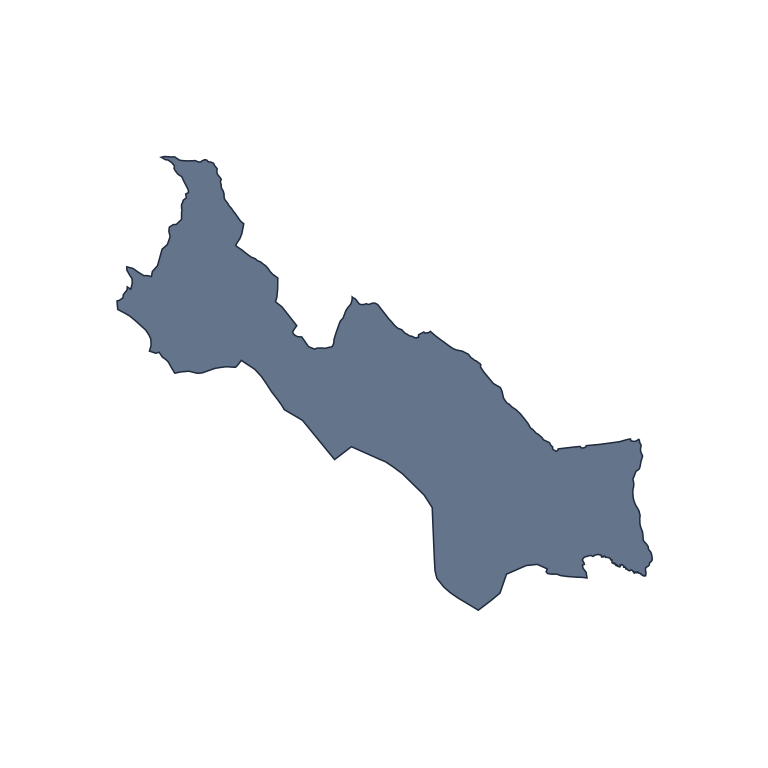 the district of Agotime Ziope, Volta, Ghana, rotated 138°
{"feature_id": "2480657B11620193732867", "entity_name": "Agotime Ziope", "entity_type": "district", "adm_level": 2, "iso_a3": "GHA", "parent_name": "Ghana", "parent_adm1": "Volta", "projection": "equal_earth", "projection_center": [0.664, 6.472], "detail": "fine", "context": "isolated", "style": "filled", "palette": "slate", "viewbox_px": 768, "rotation_deg": 138, "n_neighbors": 0, "source": "geoboundaries", "source_scale": "gbopen_adm2", "svg_char_len": 6047}
<svg xmlns="http://www.w3.org/2000/svg" viewBox="0 0 768 768"><g transform="rotate(138 384 384)"><path d="M475.3,431.7L468.9,411.5L471.3,360.9L450.2,359.2L437.5,330.6L434.9,325.1L432.7,316.4L430.4,305.1L428.5,274.7L430.9,259.9L463.5,220.5L471.0,211.2L474.8,204.1L475.4,192.9L474.4,184.5L472.3,175.8L465.3,152.8L449.5,151.5L437.7,151.0L420.2,160.7L399.8,153.9L390.8,147.4L386.4,137.4L389.2,136.0L389.2,133.6L386.4,130.2L382.8,127.1L381.0,123.5L376.5,118.2L369.4,110.8L366.6,108.2L362.9,104.0L359.8,108.8L359.3,113.9L357.8,116.6L355.7,115.9L354.9,117.8L354.3,120.7L351.0,121.3L345.1,118.4L344.1,116.0L341.6,115.6L338.8,114.0L338.6,113.4L337.6,112.3L337.4,111.5L337.1,110.8L337.1,110.5L337.2,110.3L338.0,110.2L338.1,109.8L338.0,109.7L337.4,109.4L337.0,108.8L335.7,108.8L335.2,108.6L335.1,108.3L335.1,107.8L335.5,107.3L335.5,107.0L334.8,106.5L332.9,104.1L332.7,102.5L333.1,101.6L333.1,101.3L332.5,101.1L332.3,100.7L334.2,98.6L333.4,96.7L332.9,97.1L332.5,96.7L332.4,96.4L333.1,94.2L332.7,93.9L332.5,94.2L332.2,94.3L331.9,94.0L332.0,93.6L332.1,93.2L332.6,92.8L332.5,92.5L332.3,92.4L332.1,92.1L331.9,91.5L331.2,90.3L330.7,90.2L330.3,90.4L329.7,91.5L329.4,91.4L329.0,90.8L328.6,91.0L328.1,90.7L327.5,88.5L327.7,88.0L328.2,87.9L328.5,87.5L328.3,87.1L327.5,86.7L327.4,85.5L327.9,85.0L328.0,84.6L327.3,84.6L327.2,82.1L326.6,81.0L326.1,80.7L325.8,80.5L324.9,80.8L324.6,80.6L324.1,78.7L324.1,78.4L324.5,78.0L324.4,77.6L324.0,77.4L324.0,76.8L324.1,76.6L324.6,76.4L324.6,76.0L324.1,75.7L323.9,75.7L323.0,76.1L322.8,75.9L322.7,75.0L322.5,74.6L321.4,74.7L321.1,74.5L321.5,73.4L320.7,72.4L320.5,71.6L320.0,70.9L320.0,70.6L320.4,70.3L320.4,70.2L320.0,69.5L319.6,67.7L319.2,67.2L318.5,67.4L318.3,67.3L317.9,66.4L316.5,67.5L315.1,69.0L314.8,69.9L313.7,71.3L312.7,72.1L312.3,72.3L310.7,72.1L309.4,71.8L308.7,71.9L308.0,72.0L307.5,72.4L306.3,73.4L306.1,73.5L305.4,73.2L303.0,73.5L302.3,73.9L301.1,75.2L299.4,77.9L298.4,80.0L298.2,80.8L298.0,84.1L297.9,84.5L296.7,86.0L296.3,87.1L296.0,89.9L296.1,91.8L296.0,94.0L294.9,95.7L292.6,98.5L290.9,101.1L290.3,102.4L289.5,104.7L288.4,107.1L287.3,108.9L283.7,113.2L282.0,114.5L281.1,115.9L280.5,117.2L279.7,118.4L279.3,119.5L278.8,121.4L277.9,126.2L276.7,129.3L275.0,132.6L271.7,136.9L269.7,138.9L268.5,139.8L267.5,140.4L265.3,142.5L263.9,144.5L262.8,146.7L259.4,148.3L257.7,149.3L255.0,150.5L252.0,150.0L250.8,150.2L248.2,151.8L247.4,152.6L245.7,153.8L245.3,154.2L240.0,157.4L238.7,161.4L238.1,162.5L236.9,164.1L235.7,165.0L234.5,165.8L233.8,166.7L233.4,168.1L233.5,169.0L233.3,169.4L232.8,169.6L232.5,170.6L232.1,171.1L231.7,171.4L231.7,172.4L235.3,173.1L236.9,174.3L238.5,176.6L237.6,178.2L239.6,179.6L247.7,183.6L264.4,195.0L275.0,202.9L275.9,202.2L277.7,202.6L279.1,203.4L280.2,204.7L280.1,206.4L283.1,208.7L297.9,219.2L299.2,218.5L301.0,218.7L301.9,221.0L302.1,223.0L300.8,224.4L301.0,227.1L300.5,228.4L300.4,230.0L302.8,235.8L302.4,238.6L303.1,243.6L303.8,245.5L303.9,251.1L304.6,252.9L303.3,258.8L302.6,270.4L303.1,276.7L304.3,281.3L304.5,285.3L305.4,287.8L304.6,293.5L301.2,299.5L299.9,303.5L302.4,311.2L301.8,326.0L300.9,332.1L299.0,333.7L299.2,335.2L300.0,339.4L301.0,341.5L301.1,343.4L301.7,345.1L301.4,349.7L303.8,356.0L307.6,361.1L309.0,364.2L310.0,368.2L312.7,381.1L313.7,386.5L314.3,392.1L316.3,392.2L319.5,394.4L319.6,396.0L325.4,397.5L327.1,395.6L328.8,396.7L329.5,396.7L330.0,397.6L331.5,401.1L332.1,401.7L333.0,403.3L333.6,405.9L334.2,407.1L334.5,409.0L334.4,412.1L334.9,413.3L336.4,416.1L336.9,420.0L336.7,427.0L336.9,428.0L335.5,447.3L336.5,449.9L337.6,451.2L339.0,452.1L340.9,452.7L342.5,453.7L343.4,455.5L345.5,456.4L346.2,456.9L348.1,458.6L348.8,460.2L348.4,464.8L348.5,466.8L349.3,469.1L349.4,470.0L351.5,467.8L355.0,465.7L357.0,465.3L359.8,465.0L363.4,464.0L370.3,460.4L374.4,460.0L377.4,458.5L385.5,454.1L391.5,450.5L393.4,448.5L395.3,447.3L396.9,446.7L398.2,446.7L400.9,448.4L403.6,449.7L406.1,452.3L409.7,455.5L412.2,456.3L415.1,462.3L413.6,474.0L416.7,477.1L417.8,480.8L417.6,482.6L417.3,483.4L416.8,483.8L414.4,484.7L409.8,485.7L408.2,509.7L409.6,517.7L405.6,520.1L399.5,525.7L392.0,533.8L393.3,540.3L393.4,544.1L392.9,546.5L392.8,549.0L392.8,550.6L393.8,555.5L393.9,557.1L395.6,560.5L395.8,563.2L397.7,567.0L398.5,570.6L399.4,575.5L399.7,577.9L401.4,584.6L401.3,586.4L398.1,587.4L394.0,588.4L389.1,590.8L381.0,596.9L381.6,600.7L381.4,602.9L380.5,610.2L380.4,612.6L380.0,615.5L379.8,616.8L379.9,620.0L379.2,622.8L378.9,627.7L378.1,629.4L375.4,632.7L374.9,634.0L374.3,634.9L374.2,636.0L373.6,638.5L372.5,640.2L371.7,640.9L371.1,642.2L370.1,643.9L369.4,644.3L368.1,644.8L367.7,646.5L367.5,650.1L367.2,652.2L366.2,653.5L363.9,655.7L363.7,660.0L363.0,661.7L363.1,662.5L363.8,664.2L364.3,664.5L364.5,665.1L365.0,665.5L365.3,666.2L365.9,667.1L365.9,668.9L366.2,669.6L367.6,670.9L368.0,670.9L368.9,671.3L369.8,671.6L371.2,671.7L372.5,672.2L372.8,672.7L373.1,672.9L375.0,676.6L377.7,678.6L378.0,679.0L381.0,681.5L384.3,684.9L386.2,687.2L387.6,692.9L390.3,695.2L394.8,699.9L397.9,701.6L396.2,696.7L394.7,695.1L393.6,690.3L393.8,687.0L393.9,686.4L394.6,685.6L395.9,684.6L396.4,682.2L396.8,677.8L395.6,673.4L397.0,668.9L399.5,659.4L401.2,657.1L404.3,657.9L406.1,654.8L406.5,654.7L410.4,654.9L412.3,653.6L412.9,653.3L413.5,653.2L414.6,652.6L416.9,650.0L417.7,648.5L419.7,646.9L424.3,641.8L431.6,641.6L434.0,643.5L438.6,644.2L441.6,641.6L444.4,636.6L451.7,632.6L458.7,632.7L473.1,623.5L480.9,622.6L484.9,619.5L487.6,623.2L489.9,625.1L491.8,631.5L493.2,637.8L496.7,643.2L498.9,640.8L500.1,635.4L500.8,630.9L503.7,627.3L508.8,623.9L509.8,628.0L512.0,625.8L516.6,625.1L517.9,624.8L520.5,622.7L524.8,623.3L526.8,624.4L529.4,621.1L532.0,617.5L529.3,610.3L527.5,604.8L526.5,598.0L525.0,583.7L525.8,578.0L527.2,573.5L531.2,568.6L536.3,565.4L533.0,559.5L529.9,558.1L530.7,552.1L529.7,547.8L529.6,544.6L530.8,539.5L532.3,532.0L526.8,528.9L520.4,524.0L515.6,516.9L511.9,514.0L499.3,508.8L494.6,505.8L489.7,502.4L483.9,496.5L482.9,495.7L480.2,495.9L475.9,496.7L474.3,497.1L470.2,481.4L470.1,471.7L471.2,463.1L472.8,453.2L473.5,443.6L474.3,436.3L475.3,431.7Z" fill="#64748b" stroke="#1e293b" stroke-width="1.5"/></g></svg>